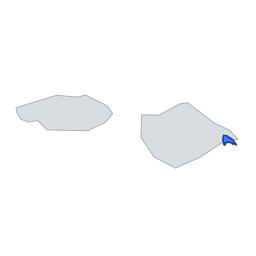 Vaisigano West, Vaisigano, Samoa (highlighted), rotated 163°
{"feature_id": "51752279B83284410514886", "entity_name": "Vaisigano West", "entity_type": "district", "adm_level": 2, "iso_a3": "WSM", "parent_name": "Samoa", "parent_adm1": "Vaisigano", "projection": "natural_earth1", "projection_center": [-172.718, -13.526], "detail": "fine", "context": "in_parent", "style": "filled", "palette": "blue", "viewbox_px": 256, "rotation_deg": 163, "n_neighbors": 0, "source": "geoboundaries", "source_scale": "gbopen_adm2", "svg_char_len": 1841}
<svg xmlns="http://www.w3.org/2000/svg" viewBox="0 0 256 256"><g transform="rotate(163 128 128)"><path d="M94.4,75.8L111.6,92.7L118.4,115.2L111.0,136.6L94.8,131.3L71.2,135.9L63.4,134.4L44.5,108.0L31.5,96.2L26.2,85.1L42.9,86.3L67.2,79.0L94.4,75.8ZM229.1,180.1L187.1,180.2L166.4,172.1L159.0,172.0L141.2,155.0L138.5,146.1L147.8,140.2L167.3,137.1L206.2,150.0L212.1,161.5L221.1,162.7L228.0,167.7L229.8,175.7L229.1,180.1Z" fill="#d9dde1" stroke="#a8b0b8" stroke-width="1"/><path d="M41.2,83.9L40.9,83.8L40.9,83.7L40.9,83.8L40.8,83.7L40.8,83.8L40.7,83.8L40.4,84.0L40.5,84.0L40.4,84.0L40.3,84.3L40.3,84.5L40.2,84.6L40.0,84.8L39.9,84.8L39.7,84.7L39.6,84.8L39.4,84.8L39.2,84.8L39.2,84.7L39.1,84.8L39.0,85.0L38.9,85.1L38.7,85.2L38.4,85.3L38.2,85.5L38.2,85.4L38.1,85.5L37.9,85.5L37.8,85.4L37.7,85.4L37.3,85.2L37.2,85.2L36.9,85.1L36.7,85.0L36.5,84.9L36.4,84.9L36.2,84.8L36.1,85.0L36.0,84.9L35.9,84.9L35.7,84.9L35.4,84.8L35.1,84.7L34.9,84.5L34.8,84.4L34.7,84.4L34.4,84.1L34.2,84.1L34.1,83.9L33.8,83.6L33.7,83.6L33.5,83.4L33.3,83.4L33.2,83.3L33.1,83.2L33.1,82.9L33.0,82.7L32.9,82.6L32.7,82.5L32.5,82.4L32.4,82.4L32.3,82.2L32.2,82.1L32.2,81.9L32.0,81.7L31.9,81.8L31.9,81.7L31.7,81.7L31.4,81.7L31.2,81.7L30.9,81.6L30.7,81.5L30.4,81.4L30.2,81.3L30.1,81.2L29.9,81.0L29.9,80.9L29.8,80.7L29.7,80.4L29.4,80.3L29.5,80.8L29.5,81.1L29.6,81.4L29.6,81.5L29.7,81.8L29.8,82.0L29.9,82.4L30.0,82.5L30.1,82.8L30.2,83.0L30.3,83.2L30.4,83.5L30.5,83.8L30.6,84.2L30.8,85.1L31.0,85.6L31.1,86.0L31.4,86.4L32.4,87.6L32.5,87.7L33.5,88.4L33.3,88.4L33.2,88.5L33.3,88.6L33.5,88.8L34.0,89.3L34.2,89.6L34.4,89.8L34.6,90.0L35.2,91.3L35.7,91.5L36.9,92.2L37.1,92.2L37.7,92.6L38.2,92.8L38.7,93.1L40.5,89.8L40.5,88.0L40.8,88.0L41.0,87.1L41.0,86.6L41.0,86.4L40.8,85.8L40.8,85.6L40.8,85.2L40.9,84.9L41.0,84.6L41.1,84.3L41.2,83.9Z" fill="#3b82f6" stroke="#1e3a8a" stroke-width="1.5"/></g></svg>